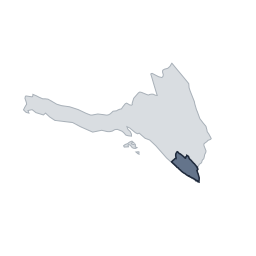 location of Karura, Semenawi Keyih Bahri, Eritrea, rotated 145°
{"feature_id": "51966322B45199582240714", "entity_name": "Karura", "entity_type": "district", "adm_level": 2, "iso_a3": "ERI", "parent_name": "Eritrea", "parent_adm1": "Semenawi Keyih Bahri", "projection": "equal_earth", "projection_center": [38.724, 17.385], "detail": "fine", "context": "in_parent", "style": "filled", "palette": "slate", "viewbox_px": 256, "rotation_deg": 145, "n_neighbors": 0, "source": "geoboundaries", "source_scale": "gbopen_adm2", "svg_char_len": 5565}
<svg xmlns="http://www.w3.org/2000/svg" viewBox="0 0 256 256"><g transform="rotate(145 128 128)"><path d="M54.9,155.9L54.2,147.2L53.7,141.4L53.2,135.3L52.8,129.5L54.9,125.9L55.9,122.5L58.5,111.6L59.5,109.4L61.5,103.5L61.8,101.8L63.8,94.4L63.6,89.5L63.2,84.6L64.3,81.6L65.3,79.3L65.2,77.3L65.7,72.7L66.0,71.5L67.2,71.4L69.6,72.0L71.3,71.6L73.4,71.6L75.0,71.4L75.9,70.0L77.2,64.6L78.0,63.6L78.7,63.2L80.5,62.2L82.0,60.7L83.3,59.6L83.7,59.3L85.1,59.2L86.4,58.5L87.0,57.8L88.7,57.2L90.3,57.5L91.4,56.8L92.2,56.4L93.0,56.4L93.8,55.8L94.1,54.8L94.6,54.2L95.9,52.8L96.5,51.8L96.7,50.8L97.0,50.0L97.5,48.6L99.8,45.2L101.7,43.2L108.5,60.5L111.2,70.7L113.6,81.4L115.4,97.5L117.1,105.7L119.9,109.8L121.8,117.4L123.4,117.7L124.6,119.8L126.6,127.0L128.1,129.7L128.8,127.4L128.7,126.1L128.2,123.8L128.7,121.0L129.8,119.3L132.4,121.6L133.8,123.4L134.2,126.9L134.8,128.9L137.5,133.0L139.7,134.2L142.7,134.5L145.1,135.5L147.1,137.0L150.8,141.2L159.3,144.9L166.2,156.3L170.2,164.2L183.5,176.1L185.8,181.9L187.0,187.5L189.8,187.2L194.6,193.4L196.0,198.0L199.9,199.7L200.6,197.0L202.5,199.2L203.2,202.8L200.7,204.2L198.0,205.4L197.6,205.4L196.7,207.0L195.4,211.4L194.0,212.7L193.2,212.8L188.9,208.7L188.2,208.4L187.3,209.2L186.6,210.1L184.6,206.9L183.2,204.2L181.1,200.8L179.1,199.4L177.0,197.5L174.9,193.1L172.7,188.3L169.6,184.4L163.6,178.8L158.2,171.6L154.0,164.2L151.4,160.3L150.2,159.3L144.7,156.8L140.9,153.4L137.9,150.6L136.1,149.9L134.3,149.8L130.6,150.3L127.4,148.6L126.1,148.6L124.0,148.1L122.4,147.4L120.5,148.2L116.5,149.4L114.9,149.2L114.0,147.4L113.5,146.1L112.1,144.7L111.0,144.7L110.4,145.9L106.2,149.1L99.3,150.8L97.7,150.7L96.5,149.4L93.0,144.0L92.0,143.1L91.2,143.1L89.6,142.4L88.1,141.4L86.8,139.2L85.4,137.9L84.0,142.3L81.5,149.8L80.1,153.9L78.4,159.1L77.8,159.3L76.9,158.9L73.5,152.4L71.3,149.9L69.7,150.2L68.5,151.4L67.8,153.6L67.0,154.9L66.1,155.4L64.2,155.2L61.3,154.1L58.3,154.4L55.3,155.8L54.9,155.9ZM136.0,112.5L136.9,114.1L137.6,113.9L138.1,113.4L138.4,112.3L142.0,114.5L141.8,116.0L139.7,116.1L137.2,115.4L135.0,115.6L132.3,115.0L131.7,112.5L133.4,113.7L134.3,113.4L134.4,113.1L133.2,111.4L131.5,111.0L131.6,109.7L132.4,109.2L132.8,108.5L131.9,106.7L133.8,107.1L135.0,108.2L135.8,109.5L136.0,112.5ZM134.5,100.9L135.3,103.8L133.1,102.6L132.7,102.0L133.7,100.9L133.9,100.2L134.5,100.9Z" fill="#d9dde1" stroke="#a8b0b8" stroke-width="1"/><path d="M95.5,71.9L95.9,71.5L96.4,71.2L96.6,71.1L96.8,71.1L97.0,71.1L97.3,71.2L97.5,71.1L97.6,70.8L97.7,70.7L97.8,70.6L98.2,70.3L98.3,70.4L98.4,70.5L98.5,70.7L98.6,71.0L98.7,71.9L98.8,72.3L98.8,72.5L99.0,73.2L99.1,73.7L99.2,74.1L99.3,74.3L99.4,74.6L99.5,75.1L99.7,75.7L99.8,76.1L100.0,76.4L100.0,76.7L100.0,76.8L100.2,77.0L100.3,77.2L100.4,77.3L100.6,77.5L100.7,77.8L100.7,78.1L100.8,78.3L100.8,79.2L100.9,79.5L101.0,80.0L101.2,80.3L101.3,80.4L101.7,80.3L101.8,80.1L102.0,80.1L102.5,79.9L102.8,79.8L103.0,79.8L103.3,79.6L103.6,79.4L103.8,79.2L104.0,79.1L104.2,78.5L104.3,78.4L104.5,78.3L104.8,78.0L105.0,77.7L105.2,77.2L105.3,76.8L105.4,76.7L105.5,76.3L105.6,76.1L105.8,75.9L105.8,76.0L106.0,75.9L106.3,75.9L106.4,76.0L106.5,76.0L106.6,75.9L106.8,75.9L107.0,75.9L107.3,75.9L107.5,75.9L107.8,75.8L108.0,75.8L108.3,75.8L108.6,75.7L108.9,75.6L109.3,75.6L109.6,75.7L109.9,75.6L110.1,75.6L110.4,75.5L110.6,75.4L110.9,75.4L111.1,75.4L111.4,75.5L111.5,75.5L111.5,75.4L111.7,75.1L111.7,74.8L111.6,74.7L111.5,74.3L111.4,74.0L111.4,73.4L111.4,73.2L111.2,72.6L111.1,72.4L111.1,72.1L111.0,71.8L110.9,71.4L110.9,71.2L110.8,70.8L110.8,70.7L110.8,70.4L110.6,69.9L110.6,69.4L110.4,69.1L110.4,68.8L110.4,68.4L110.4,67.9L110.4,67.7L110.3,67.4L110.1,67.1L109.9,66.9L109.8,66.7L109.7,66.5L109.7,66.4L109.7,66.2L109.7,65.9L109.7,65.6L109.7,65.0L109.6,64.7L109.6,64.4L109.5,64.1L109.3,63.9L109.2,63.7L109.1,63.3L109.1,62.8L109.1,62.2L109.0,61.9L108.9,61.6L108.8,61.4L108.8,61.2L108.7,61.1L108.7,60.9L108.5,60.3L108.4,60.1L108.3,59.7L108.2,59.4L108.1,59.2L108.0,58.9L107.8,58.5L107.7,58.3L107.5,58.2L107.4,57.8L107.4,57.7L107.2,57.3L107.2,57.0L107.2,56.9L107.1,56.5L107.0,56.3L107.0,56.2L106.9,56.0L106.9,55.9L106.7,55.5L106.6,55.4L106.5,55.2L106.5,54.9L106.4,54.8L106.4,54.7L106.2,54.4L106.1,54.5L106.0,54.4L106.1,54.2L106.0,54.3L105.9,54.2L106.0,54.2L106.0,53.9L105.9,53.8L105.9,53.7L105.7,53.3L105.5,53.1L105.4,52.9L105.2,52.6L105.1,52.4L105.1,52.2L104.9,51.9L104.6,51.3L104.4,51.1L104.3,50.9L104.3,50.7L104.2,50.6L104.2,50.4L104.0,50.2L103.9,50.1L103.7,49.9L103.5,49.4L103.4,49.2L103.2,48.9L103.1,48.7L103.0,48.3L103.0,48.1L102.8,47.8L102.7,47.5L102.6,47.3L102.5,47.2L102.5,46.7L102.4,46.3L102.4,46.2L102.2,45.8L101.9,45.7L101.9,45.8L101.8,45.7L101.8,45.8L101.8,45.6L101.7,45.6L101.6,45.4L101.5,45.2L101.5,44.8L101.5,44.7L101.4,44.7L101.4,44.4L101.2,44.4L101.1,44.2L100.9,43.9L101.0,43.7L100.9,43.7L100.8,43.4L100.7,43.2L100.6,43.4L100.5,43.5L100.1,44.0L99.8,44.3L99.5,44.7L98.8,45.6L98.4,46.1L98.3,46.3L98.2,46.4L96.9,50.2L96.8,50.4L96.8,50.6L96.8,50.9L96.8,51.0L96.5,51.8L96.3,52.4L96.3,52.5L96.2,52.8L96.0,53.3L96.0,53.6L95.9,53.7L95.7,53.6L95.4,53.7L95.3,53.8L95.2,53.8L94.9,53.9L94.8,54.0L94.6,54.1L94.4,54.1L94.3,54.3L94.3,54.5L94.3,54.9L94.3,55.0L94.2,55.1L94.0,55.3L94.1,55.5L94.1,55.8L94.0,56.0L94.0,56.3L93.9,56.3L93.9,56.5L93.7,56.7L93.9,57.4L94.0,58.2L94.0,59.0L94.1,59.4L94.1,60.3L94.2,61.0L94.5,61.6L94.5,62.8L94.7,63.3L94.7,63.9L94.8,65.3L95.3,66.9L95.4,67.4L95.4,67.7L95.3,67.9L95.2,67.9L95.2,68.2L95.1,68.9L94.9,69.4L94.8,69.9L94.9,70.4L95.0,70.8L95.2,71.2L95.5,71.9ZM101.7,44.9L101.7,45.0L101.7,44.9L101.7,44.9ZM101.9,45.3L101.8,45.2L101.8,45.3L101.9,45.3Z" fill="#64748b" stroke="#1e293b" stroke-width="1.5"/></g></svg>